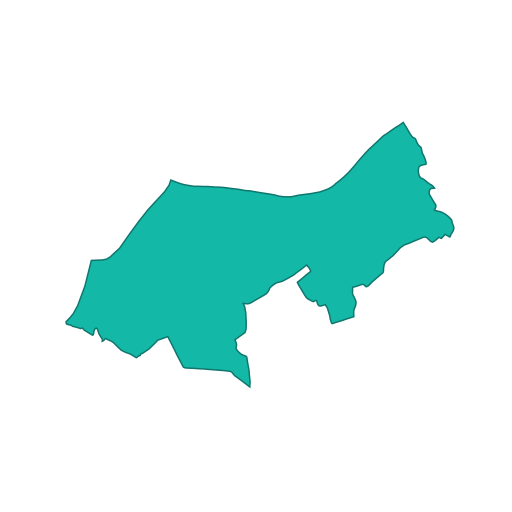 Vinh Long, Vĩnh Long, Vietnam, rotated 329°
{"feature_id": "81297802B51499597672373", "entity_name": "Vinh Long", "entity_type": "district", "adm_level": 2, "iso_a3": "VNM", "parent_name": "Vietnam", "parent_adm1": "Vĩnh Long", "projection": "orthographic", "projection_center": [105.946, 10.252], "detail": "fine", "context": "isolated", "style": "filled", "palette": "teal", "viewbox_px": 512, "rotation_deg": 329, "n_neighbors": 0, "source": "geoboundaries", "source_scale": "gbopen_adm2", "svg_char_len": 5409}
<svg xmlns="http://www.w3.org/2000/svg" viewBox="0 0 512 512"><g transform="rotate(329 256 256)"><path d="M112.6,175.0L93.7,193.8L77.6,206.7L69.7,211.3L65.0,213.0L59.4,214.5L59.1,214.9L58.7,215.7L58.8,217.2L61.4,219.7L61.7,220.1L62.1,220.5L62.4,221.3L62.6,221.9L63.0,222.3L63.7,222.9L66.7,226.0L68.2,227.8L68.8,228.0L69.9,228.3L70.2,228.7L70.5,230.9L75.0,239.6L75.3,239.7L75.9,239.7L76.4,239.3L77.2,238.5L78.1,237.2L80.7,235.4L81.1,235.4L81.8,235.5L82.2,236.1L82.4,236.9L81.7,239.9L81.3,242.4L81.3,245.6L81.5,247.5L81.2,248.6L80.3,249.9L81.8,250.0L82.2,249.9L83.7,249.4L84.3,249.3L84.6,249.3L85.8,251.2L86.9,252.8L88.4,255.0L89.1,256.7L89.6,258.2L90.5,262.1L92.0,267.4L94.9,271.9L96.5,273.6L97.5,275.0L98.4,276.4L101.0,281.5L102.9,281.4L103.5,281.3L104.2,281.3L105.0,281.5L105.4,281.6L105.7,281.5L105.8,281.4L106.6,280.7L106.9,280.6L107.2,280.5L107.5,280.6L108.1,281.0L108.3,281.0L116.4,280.6L123.2,279.0L128.6,277.6L133.9,278.7L138.9,279.7L138.0,292.3L137.8,294.7L137.3,300.3L136.5,313.8L137.7,315.5L145.3,320.6L150.4,324.2L153.4,326.1L154.6,327.1L164.3,334.0L169.1,337.4L173.5,340.8L174.1,341.3L175.4,342.9L175.7,345.2L176.2,347.9L176.4,348.4L176.9,349.4L180.1,357.1L181.7,361.2L183.2,365.0L186.1,360.9L187.0,358.9L188.7,355.3L191.4,349.7L193.4,344.3L195.9,338.2L196.0,337.2L195.0,335.6L193.7,334.2L192.6,332.2L191.5,328.7L191.2,326.1L191.3,325.3L191.5,324.8L191.8,324.2L192.5,323.3L193.5,322.4L194.0,321.1L194.4,319.9L194.7,317.0L196.0,316.9L202.7,316.3L206.8,316.0L207.7,315.5L209.5,313.9L212.6,309.3L214.3,306.3L216.0,303.1L217.8,299.8L219.3,296.0L219.7,294.9L220.2,293.6L220.6,290.1L222.2,291.3L224.2,292.7L226.0,293.3L227.9,293.5L232.1,293.5L237.2,293.6L241.5,293.7L244.1,293.7L245.9,293.6L248.2,292.6L249.9,291.7L251.4,290.5L253.1,290.1L255.6,289.7L257.5,289.6L259.3,289.5L262.1,290.2L264.3,290.9L266.6,291.3L271.4,291.5L277.8,291.7L282.2,291.2L288.4,290.6L294.7,289.8L295.4,293.9L295.2,297.0L294.5,297.4L289.3,298.1L285.9,298.7L280.6,299.5L278.5,299.7L277.9,299.8L277.6,302.5L277.6,307.6L277.6,310.8L277.6,313.7L277.7,317.4L278.3,319.3L279.9,322.1L280.9,323.7L281.5,324.5L282.1,324.8L282.8,324.8L284.1,324.8L284.6,324.9L284.7,325.0L284.8,325.5L284.8,326.4L284.3,327.9L284.1,328.7L284.1,329.3L284.1,329.9L284.2,330.5L284.4,331.1L285.2,331.9L286.3,332.4L289.2,333.1L290.3,333.5L290.4,336.1L290.4,337.3L289.0,343.0L288.2,345.9L287.2,348.2L286.3,351.7L286.3,352.5L286.4,353.0L287.0,353.4L289.2,353.8L297.2,355.8L301.2,356.6L304.0,357.3L307.9,358.2L308.6,358.4L309.3,357.2L309.7,356.4L310.1,355.6L310.2,355.4L310.6,354.8L311.1,354.1L311.4,353.6L311.9,352.9L315.9,349.7L317.5,347.9L318.3,346.2L318.7,344.0L319.0,341.3L319.0,339.8L319.4,337.8L320.2,336.6L321.8,334.0L322.6,332.6L326.2,333.6L329.1,334.3L330.9,334.6L331.9,334.9L333.0,335.4L333.7,336.1L333.9,336.7L334.2,338.4L334.9,339.3L335.5,339.3L337.0,339.4L342.8,337.9L345.5,337.5L346.8,337.2L349.8,336.7L352.0,336.4L353.9,336.0L355.6,335.9L356.4,335.6L357.8,334.2L358.8,332.5L359.7,331.4L360.5,330.4L361.8,329.0L363.0,328.2L364.1,327.6L365.0,327.4L366.4,327.2L367.8,327.1L370.4,326.7L372.6,326.4L374.2,326.1L377.0,325.3L379.1,324.7L380.6,324.3L383.5,323.4L384.6,323.2L385.6,323.1L386.4,323.1L388.7,322.9L393.7,323.9L399.6,324.7L406.3,325.7L408.6,326.0L410.5,326.6L411.9,328.3L412.8,331.7L413.3,333.5L414.4,335.0L415.7,335.2L419.2,334.8L422.5,334.2L423.3,335.3L423.7,336.1L424.0,336.4L424.9,336.2L427.3,335.5L429.2,334.8L430.4,336.9L431.9,339.5L432.9,339.0L434.4,337.8L437.1,336.5L439.0,335.2L440.2,333.6L440.8,331.3L441.3,328.4L442.2,326.2L442.0,324.4L441.2,321.1L439.9,317.8L438.0,314.5L436.4,312.5L434.5,310.9L432.6,308.6L435.3,306.7L435.8,305.9L436.3,305.3L436.4,304.9L436.3,301.2L436.3,298.6L436.4,293.4L436.4,292.2L436.8,291.4L437.2,290.7L438.3,289.4L439.0,288.7L439.7,288.5L440.0,288.4L440.5,288.3L441.3,288.5L442.2,289.0L443.9,289.8L443.8,288.1L443.1,285.7L442.1,284.1L440.8,281.0L439.9,278.3L439.0,276.2L438.0,274.8L437.5,273.9L437.3,273.0L437.2,272.0L437.3,271.1L438.1,268.4L439.2,266.3L440.8,264.2L441.3,263.8L441.7,263.5L442.7,263.3L443.1,263.3L444.3,263.5L445.4,263.7L446.5,264.0L448.1,264.6L448.9,264.9L449.1,264.7L449.8,263.5L450.2,262.7L451.0,259.3L451.4,256.7L451.5,253.9L451.8,252.7L452.5,250.6L453.1,249.0L453.3,248.0L453.3,247.5L453.0,246.7L452.6,245.5L452.4,244.7L452.4,243.7L452.4,241.5L452.7,239.7L453.0,237.8L452.9,237.4L452.7,236.9L452.1,236.0L451.5,235.0L451.2,233.5L451.0,230.8L451.1,225.1L451.1,221.5L451.0,217.3L446.8,217.7L444.8,217.8L442.2,217.7L437.4,218.0L429.9,218.6L428.5,218.5L427.7,218.5L425.0,219.0L421.2,219.9L412.8,221.7L408.0,222.7L402.8,224.1L395.1,226.5L392.5,227.4L388.3,228.9L383.7,230.4L377.9,232.2L375.5,232.7L372.9,233.3L371.5,233.6L366.2,234.5L361.3,235.0L359.6,235.5L356.0,235.8L352.8,235.7L349.6,235.2L344.3,234.1L342.9,233.7L341.1,233.0L338.9,232.2L335.5,230.9L327.5,227.4L323.3,225.6L318.5,224.1L315.6,222.8L310.7,219.8L309.0,218.5L306.2,216.3L306.1,216.1L303.5,213.4L299.7,210.0L294.7,205.9L290.3,202.2L284.1,196.8L283.5,196.5L280.3,194.2L276.2,190.6L275.3,189.8L273.6,188.5L273.0,188.0L268.2,184.3L267.4,183.6L263.7,180.7L259.7,177.9L259.3,177.6L256.7,176.0L250.6,171.7L250.3,171.5L247.6,169.9L241.6,166.0L239.3,164.7L236.9,162.8L233.4,159.8L232.0,158.6L229.6,156.3L226.6,152.8L222.1,147.0L218.2,150.4L210.8,153.8L187.3,160.7L179.1,163.8L174.2,165.6L160.1,171.5L143.0,179.1L135.1,180.7L130.6,181.7L126.3,181.7L122.3,180.3L112.6,175.0Z" fill="#14b8a6" stroke="#0f766e" stroke-width="1.5"/></g></svg>